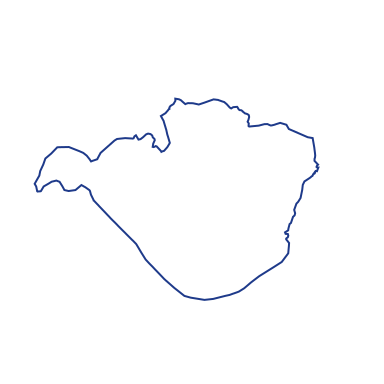 outline of Dawran Anis, Dhamar, Yemen, rotated 148°
{"feature_id": "15242507B11667753358697", "entity_name": "Dawran Anis", "entity_type": "district", "adm_level": 2, "iso_a3": "YEM", "parent_name": "Yemen", "parent_adm1": "Dhamar", "projection": "orthographic", "projection_center": [44.103, 14.829], "detail": "fine", "context": "isolated", "style": "outline", "palette": "blue", "viewbox_px": 384, "rotation_deg": 148, "n_neighbors": 0, "source": "geoboundaries", "source_scale": "gbopen_adm2", "svg_char_len": 3887}
<svg xmlns="http://www.w3.org/2000/svg" viewBox="0 0 384 384"><g transform="rotate(148 192 192)"><path d="M260.8,130.0L257.9,120.2L256.6,116.6L253.5,107.9L249.1,103.1L238.6,93.9L230.7,90.1L218.6,86.2L214.7,84.8L210.9,84.0L210.2,83.8L206.1,82.9L204.9,82.7L198.8,82.7L190.1,84.0L188.2,84.2L179.6,85.0L177.7,85.0L175.2,85.0L174.8,85.0L170.1,85.0L167.4,85.0L163.0,85.0L153.0,85.1L142.9,89.0L138.4,94.9L136.7,97.3L137.0,100.2L137.2,101.6L137.1,102.3L136.4,102.7L134.8,102.8L133.5,103.9L133.0,105.6L134.8,106.9L134.5,108.5L130.8,108.5L129.6,109.9L129.3,110.2L126.2,113.1L124.5,113.3L119.5,117.4L117.4,117.8L115.8,119.3L114.8,122.7L109.6,126.8L107.2,127.4L103.1,129.4L97.4,135.4L94.3,139.3L91.0,141.4L89.9,141.4L85.4,141.5L83.6,141.6L82.3,141.9L81.4,141.8L80.9,142.0L80.3,142.6L79.7,142.9L79.0,143.1L78.8,143.2L78.4,142.7L77.5,143.1L77.3,143.8L77.1,143.9L76.0,144.3L75.0,143.4L73.6,144.5L71.9,145.8L72.8,146.4L73.1,147.3L71.8,148.2L70.6,148.4L71.6,153.5L70.5,155.2L69.5,156.0L68.2,157.6L67.1,159.8L65.4,163.5L64.7,165.0L61.1,173.8L64.8,177.1L76.5,194.1L76.3,199.0L80.6,203.9L83.7,204.7L84.8,205.0L85.4,205.1L87.3,205.6L87.8,205.8L88.8,206.1L89.9,206.6L90.0,206.7L90.9,207.9L92.0,209.6L94.5,211.1L96.3,211.7L100.2,212.9L108.8,217.2L109.1,217.9L109.1,218.0L107.5,220.1L107.6,222.1L105.9,223.3L103.8,225.3L103.1,227.0L103.3,227.5L103.6,228.5L104.8,230.0L105.3,230.4L105.4,230.6L106.0,232.4L106.4,233.4L106.3,233.7L106.8,235.1L107.9,236.0L108.3,236.3L108.6,237.4L108.6,238.5L108.5,239.5L108.6,240.3L112.1,242.1L112.3,242.1L113.9,242.1L114.5,242.1L115.2,243.5L115.3,243.9L115.4,244.6L116.0,248.0L117.0,251.2L118.7,253.2L119.4,254.1L120.7,255.7L121.2,256.4L121.4,256.5L122.5,257.4L123.2,258.0L123.5,258.2L124.6,259.1L129.5,260.2L134.1,261.2L139.9,262.6L140.9,263.6L144.1,266.7L145.4,267.6L146.4,268.2L148.3,269.5L149.1,269.7L150.9,270.1L151.1,270.1L151.3,270.7L151.7,272.0L152.3,274.0L152.8,275.8L153.0,276.1L153.9,277.5L156.7,280.0L157.5,278.6L157.7,278.2L161.1,276.4L162.6,276.4L164.6,276.4L166.3,275.7L167.1,274.5L167.4,274.7L169.1,274.0L172.1,273.1L172.6,272.9L177.1,272.9L178.1,272.9L178.3,269.7L178.4,267.3L178.7,266.4L179.8,262.4L180.0,261.6L180.6,259.5L180.8,258.6L182.5,253.8L183.1,251.4L184.8,245.4L185.3,245.1L187.6,243.9L189.2,243.1L189.5,243.0L193.9,241.7L195.0,242.0L196.0,242.2L196.2,242.3L196.7,242.3L196.6,243.1L197.8,249.4L198.5,250.2L199.4,250.2L200.7,250.4L201.4,251.1L199.2,253.6L196.1,255.7L195.7,257.0L196.3,259.1L195.8,261.0L196.3,262.6L196.5,263.1L196.8,263.4L198.1,264.6L198.3,264.8L200.3,265.2L204.4,264.4L207.6,264.1L209.6,264.8L209.5,269.8L211.3,269.7L213.1,268.5L214.0,268.7L214.6,269.2L220.1,273.1L225.0,275.5L227.5,276.7L228.5,276.7L230.5,276.7L248.9,273.6L249.0,273.5L251.8,271.9L254.9,270.1L255.0,270.0L259.3,271.0L259.6,271.1L261.4,271.4L261.5,274.2L262.0,278.6L263.5,282.8L265.8,286.2L272.6,295.4L280.6,300.2L280.7,300.3L282.6,301.3L291.0,299.2L298.6,298.1L303.6,294.1L309.6,290.2L312.8,286.8L318.0,284.0L321.1,282.3L321.2,279.3L322.9,274.6L322.7,274.2L321.8,273.8L321.3,273.5L319.9,272.8L319.7,272.8L315.4,275.0L314.9,275.3L309.0,275.1L305.7,275.1L305.2,275.0L304.4,274.7L301.7,273.8L301.0,273.6L299.3,271.3L298.9,270.9L298.9,265.6L299.1,262.1L299.2,261.4L298.9,261.0L296.1,258.2L289.8,255.4L284.8,256.1L282.1,256.5L281.0,254.5L280.5,253.5L280.0,252.7L278.0,247.9L278.0,246.9L279.1,243.3L279.7,237.5L279.9,237.0L279.8,236.9L278.7,231.5L278.5,230.7L278.4,230.0L278.2,228.9L276.4,220.2L275.7,216.7L275.4,215.4L274.9,212.6L274.7,211.8L274.4,210.4L273.5,206.7L272.9,204.0L272.7,202.9L272.3,201.1L271.3,196.7L270.4,192.9L270.1,191.5L268.1,182.8L267.9,182.2L267.2,178.9L267.0,178.0L266.9,177.5L266.9,176.3L267.1,167.6L267.1,167.1L267.1,162.3L267.1,160.3L267.1,159.3L266.1,154.1L265.1,149.7L265.0,149.2L264.3,145.6L263.9,143.8L263.1,140.0L262.2,135.6L261.6,132.6L261.4,132.1L261.0,130.5L260.8,130.1L260.8,130.0Z" fill="none" stroke="#1e3a8a" stroke-width="2"/></g></svg>